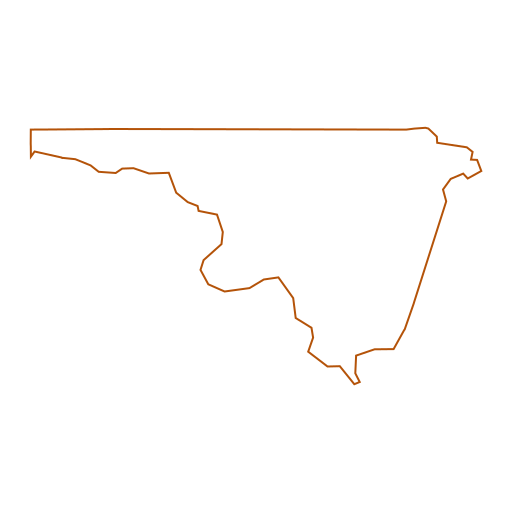 outline of Northampton, North Carolina, United States of America
{"feature_id": "52423323B28238125667725", "entity_name": "Northampton", "entity_type": "district", "adm_level": 2, "iso_a3": "USA", "parent_name": "United States of America", "parent_adm1": "North Carolina", "projection": "natural_earth1", "projection_center": [-77.477, 36.356], "detail": "fine", "context": "isolated", "style": "outline", "palette": "amber", "viewbox_px": 512, "rotation_deg": 0, "n_neighbors": 0, "source": "geoboundaries", "source_scale": "gbopen_adm2", "svg_char_len": 1010}
<svg xmlns="http://www.w3.org/2000/svg" viewBox="0 0 512 512"><path d="M30.9,156.7L34.6,151.5L61.5,157.5L61.8,157.8L62.3,158.0L62.6,157.9L62.9,157.9L75.3,159.2L90.6,165.4L98.7,171.8L115.7,173.0L122.2,168.6L133.5,168.2L149.0,173.5L168.8,172.8L176.2,192.7L187.7,202.1L197.6,206.0L198.6,210.9L217.0,214.6L222.8,232.0L221.5,244.1L203.6,260.1L200.5,269.9L208.3,284.3L224.6,291.5L249.5,288.1L263.8,279.5L278.4,277.4L293.2,298.1L295.7,318.0L311.5,327.8L313.1,337.6L308.2,351.7L327.5,366.5L339.8,366.2L354.3,384.2L359.7,382.0L355.3,373.3L356.1,355.6L374.6,349.3L393.6,349.1L404.2,330.0L404.6,329.6L404.7,329.4L413.7,303.6L414.1,302.2L445.6,203.3L446.2,201.3L443.0,189.5L450.7,178.9L463.2,173.6L467.7,178.5L481.3,171.0L477.1,159.9L471.0,159.6L472.6,151.9L466.8,147.3L437.2,142.8L436.8,136.6L428.3,128.5L428.2,128.5L425.4,127.8L414.3,128.6L406.3,129.6L356.7,129.5L111.9,129.0L102.5,129.1L48.0,129.5L44.0,129.5L40.2,129.5L30.8,129.6L30.7,143.7L30.8,146.4L30.9,156.7Z" fill="none" stroke="#b45309" stroke-width="2"/></svg>